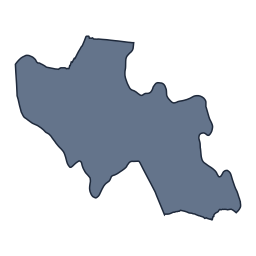 Ben Cau, Tây Ninh, Vietnam
{"feature_id": "81297802B61263365113672", "entity_name": "Ben Cau", "entity_type": "district", "adm_level": 2, "iso_a3": "VNM", "parent_name": "Vietnam", "parent_adm1": "Tây Ninh", "projection": "equal_earth", "projection_center": [106.154, 11.13], "detail": "fine", "context": "isolated", "style": "filled", "palette": "slate", "viewbox_px": 256, "rotation_deg": 0, "n_neighbors": 0, "source": "geoboundaries", "source_scale": "gbopen_adm2", "svg_char_len": 5725}
<svg xmlns="http://www.w3.org/2000/svg" viewBox="0 0 256 256"><path d="M133.7,42.7L132.6,42.7L131.6,42.6L129.9,42.4L128.4,42.3L118.2,41.0L115.1,40.7L110.5,40.2L106.5,39.7L102.3,39.4L101.3,39.3L97.9,39.0L97.5,39.2L93.8,39.0L93.4,38.8L93.2,38.6L92.8,38.1L92.6,37.9L92.2,37.9L91.5,38.3L90.2,38.1L89.7,38.1L89.4,38.2L88.9,36.4L88.6,36.2L86.7,36.2L86.2,36.4L86.0,36.6L85.7,37.3L84.4,40.8L83.8,42.2L82.4,45.5L82.2,45.9L82.0,46.1L81.8,46.2L81.6,46.4L81.3,46.8L79.6,49.8L78.6,51.4L77.1,54.3L75.1,58.3L74.9,58.6L74.7,58.7L74.3,58.3L74.2,58.4L72.2,62.3L71.3,61.9L70.2,65.6L69.7,65.6L69.1,68.1L68.8,68.6L68.1,68.5L67.2,68.5L66.6,68.7L66.2,68.6L65.7,68.1L65.1,67.9L64.6,67.8L64.4,67.8L63.8,67.8L62.5,67.8L61.4,67.8L60.8,67.8L60.2,68.3L59.8,68.3L59.5,68.4L59.1,68.7L58.8,69.1L58.7,69.2L58.5,69.3L58.2,69.3L57.3,69.1L55.9,69.0L55.0,68.9L53.2,68.5L52.1,68.3L49.6,67.8L46.5,67.2L46.3,67.1L44.7,65.9L42.5,64.6L41.2,64.0L40.1,63.4L39.5,63.1L39.1,63.0L37.9,63.0L37.0,62.3L36.6,61.9L35.4,59.6L34.2,58.4L32.9,57.3L32.0,56.8L30.4,56.1L28.9,55.5L27.9,55.4L26.9,55.3L25.7,55.5L24.1,56.3L22.6,57.0L20.8,58.2L18.9,60.0L17.9,61.1L16.8,62.4L15.4,64.3L15.8,72.0L16.6,84.4L17.0,92.9L17.1,95.8L18.1,99.1L19.6,105.8L20.6,109.5L21.2,111.9L22.9,115.3L23.7,116.7L24.6,117.6L26.3,118.7L28.2,120.2L31.9,122.9L33.0,123.5L35.0,124.4L37.5,125.5L40.8,127.7L43.4,129.8L45.5,132.0L46.0,132.4L48.7,133.9L49.7,134.8L51.1,136.3L52.3,138.1L53.7,140.0L54.8,141.4L56.0,143.2L58.4,146.1L59.6,147.4L61.1,148.9L62.6,150.6L63.5,151.8L63.9,152.5L64.6,154.1L65.3,156.2L65.7,157.5L66.7,161.4L67.4,163.5L68.3,165.2L69.2,166.4L69.9,167.2L70.6,167.3L71.3,167.1L72.5,166.2L74.9,163.9L76.3,162.7L77.6,161.8L78.9,161.0L79.4,161.0L79.9,161.1L80.4,161.4L81.1,162.0L81.5,162.7L82.1,165.2L82.6,166.8L83.3,168.6L84.8,171.4L85.7,172.8L87.9,175.2L89.4,177.0L90.0,177.8L90.2,178.5L90.4,180.2L90.4,181.7L90.1,183.4L89.7,186.2L89.6,187.6L89.6,188.9L89.8,190.2L90.1,191.7L91.3,194.6L92.0,195.6L92.7,196.5L94.5,197.5L95.7,197.9L96.4,197.7L97.4,197.0L98.5,196.0L99.4,194.7L102.0,189.2L103.7,186.1L105.0,184.4L106.0,183.4L106.8,182.8L108.3,181.7L109.2,181.0L110.0,179.8L111.0,177.5L111.4,176.5L112.2,175.9L112.9,175.5L114.6,175.0L116.9,173.9L118.5,172.9L120.5,171.5L122.2,170.4L124.5,168.7L125.8,167.5L126.5,166.7L127.3,165.1L128.4,163.7L129.1,162.7L129.7,162.2L130.5,161.7L131.9,161.3L133.4,161.4L138.2,161.2L138.8,161.3L139.2,161.6L139.9,162.6L141.5,165.7L143.3,169.3L144.3,171.2L147.6,177.5L150.7,183.3L155.2,192.0L156.5,195.4L164.5,214.8L164.8,214.4L165.4,214.1L167.3,214.1L167.8,214.1L168.7,214.0L169.8,213.7L171.1,213.2L173.0,212.3L173.5,212.2L174.2,212.2L174.8,212.1L176.0,211.6L177.3,211.6L178.1,211.3L179.3,211.2L179.5,211.1L179.8,210.9L180.2,210.4L180.5,210.3L184.5,211.2L186.7,211.9L189.0,212.9L189.6,213.0L191.4,213.2L191.8,213.2L193.1,213.8L193.5,213.8L194.5,213.9L194.8,214.0L196.0,214.6L198.3,215.5L198.5,215.6L199.9,215.9L200.6,216.2L202.5,216.8L203.3,217.1L204.3,217.9L204.7,218.4L204.9,218.4L205.1,218.3L205.4,218.1L205.9,218.0L206.5,217.8L207.1,218.4L207.4,218.5L207.7,218.5L208.4,218.7L209.3,219.1L210.6,219.2L210.8,219.1L211.1,219.6L211.3,219.7L211.5,219.8L211.8,219.8L212.1,219.8L212.3,219.7L212.4,219.3L212.4,218.8L212.4,218.6L212.4,218.4L212.7,217.9L212.8,217.8L212.7,217.4L212.9,216.9L213.2,216.6L213.4,216.5L213.7,216.5L213.8,216.4L213.9,215.0L214.0,214.8L214.3,214.3L214.7,213.9L215.3,213.3L216.2,212.7L217.2,212.2L218.1,211.6L218.5,211.0L219.2,209.9L219.8,209.4L220.1,209.4L220.4,209.6L220.8,209.8L221.2,209.8L221.9,209.5L222.4,209.3L223.2,209.4L223.6,209.4L225.0,209.3L226.6,209.5L227.5,209.8L230.2,209.3L231.4,209.3L232.6,209.9L234.3,211.1L236.2,212.7L238.2,210.7L239.3,209.2L240.3,207.4L240.6,206.2L240.6,205.5L240.6,204.7L240.4,203.1L240.3,201.6L239.8,200.2L239.4,198.6L238.9,197.4L237.9,194.1L237.0,191.5L235.6,188.7L234.6,186.2L232.5,180.0L231.6,176.9L230.9,174.6L230.3,173.2L229.4,172.0L228.2,171.0L227.3,170.4L226.3,170.4L225.1,170.7L223.6,171.7L223.1,172.4L222.0,174.5L221.5,175.3L221.1,175.9L220.5,176.4L219.8,176.8L219.6,176.8L219.2,176.8L218.8,176.6L218.5,176.4L217.9,175.4L217.2,174.2L216.4,172.5L215.9,171.8L215.1,170.8L213.0,168.9L211.4,167.7L208.1,165.6L205.7,163.8L204.1,162.7L203.0,161.5L202.2,160.1L201.8,158.9L201.3,156.9L201.1,155.4L200.7,151.0L200.5,148.8L200.3,148.1L200.1,143.8L199.9,142.4L199.4,140.5L199.0,139.0L198.8,138.0L198.9,136.9L199.2,135.5L199.5,134.8L200.1,134.1L201.1,133.4L202.3,133.1L203.3,132.9L204.3,133.1L205.4,133.6L206.6,134.6L207.3,135.1L208.0,135.3L208.5,135.3L209.1,135.1L209.5,134.7L210.3,133.8L211.2,132.3L211.8,131.0L212.2,129.4L212.5,127.8L212.6,126.6L212.4,125.3L212.0,124.1L211.4,122.6L209.7,119.2L208.9,116.9L206.4,108.1L206.1,107.2L205.8,106.3L205.9,105.9L205.9,102.0L205.7,101.1L205.4,100.4L204.7,99.3L203.7,98.1L202.0,96.9L200.2,96.1L198.5,95.7L196.4,95.7L195.0,95.9L193.7,96.3L192.0,97.2L190.2,98.2L187.0,99.5L185.6,99.9L183.8,100.4L182.0,100.8L179.5,101.2L177.9,101.6L176.5,102.3L175.2,102.7L174.2,102.9L173.4,102.9L172.0,102.3L170.5,100.9L168.6,98.8L167.8,97.7L167.1,96.4L166.7,95.3L166.6,94.4L166.4,90.7L166.2,89.3L165.0,86.1L164.3,85.0L163.8,84.4L163.1,83.8L162.5,83.5L161.8,83.1L161.5,83.1L159.3,82.8L157.8,82.7L156.6,83.0L155.8,83.5L155.0,84.4L154.2,85.5L153.2,87.0L152.7,88.6L152.1,90.0L151.4,91.2L150.5,92.3L149.2,93.1L147.7,93.4L146.3,93.4L145.2,93.5L143.8,94.2L142.4,95.2L141.8,95.4L140.7,95.3L139.8,94.8L138.2,93.7L136.1,92.0L134.3,90.9L131.9,90.0L130.9,89.4L129.9,88.4L129.1,87.0L127.8,84.4L127.5,83.8L127.1,82.8L126.5,81.1L125.5,78.2L125.0,75.8L124.9,74.3L124.9,72.6L125.0,71.0L125.5,68.1L125.6,66.2L125.7,61.1L125.9,59.0L126.1,58.2L126.6,56.8L127.4,55.6L129.5,53.3L131.0,52.0L132.0,50.8L132.5,50.0L132.9,49.0L133.1,48.3L133.3,46.5L133.7,42.7Z" fill="#64748b" stroke="#1e293b" stroke-width="1.5"/></svg>